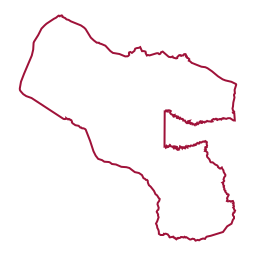 Kaev Seima, Môndól Kiri, Cambodia
{"feature_id": "14789045B63599255468551", "entity_name": "Kaev Seima", "entity_type": "district", "adm_level": 2, "iso_a3": "KHM", "parent_name": "Cambodia", "parent_adm1": "Môndól Kiri", "projection": "orthographic", "projection_center": [106.845, 12.41], "detail": "fine", "context": "isolated", "style": "outline", "palette": "rose", "viewbox_px": 256, "rotation_deg": 0, "n_neighbors": 0, "source": "geoboundaries", "source_scale": "gbopen_adm2", "svg_char_len": 5932}
<svg xmlns="http://www.w3.org/2000/svg" viewBox="0 0 256 256"><path d="M38.2,35.1L34.1,41.6L33.6,42.9L33.2,49.6L31.8,55.5L24.0,73.9L21.0,81.7L19.8,88.4L19.9,90.0L20.7,91.3L23.2,94.1L26.2,96.1L31.5,98.0L63.5,118.9L64.9,119.1L66.2,118.8L66.2,118.2L66.9,118.8L67.9,118.9L68.2,119.4L69.1,119.0L70.3,119.7L70.4,120.0L70.8,119.9L71.4,120.3L72.0,121.7L71.9,122.3L72.5,123.2L75.4,125.2L78.6,125.8L80.4,127.6L81.2,127.5L82.1,128.3L83.5,128.3L85.0,129.0L85.7,129.6L90.1,140.9L93.5,151.3L95.7,155.7L98.2,158.9L102.0,160.1L104.3,161.7L108.6,162.0L109.7,162.3L112.0,164.0L116.0,164.5L121.3,166.8L126.5,167.2L129.4,168.0L134.8,172.1L138.9,173.0L140.1,173.8L142.0,175.1L143.5,178.2L144.9,178.8L145.9,179.9L147.0,179.9L147.7,180.7L147.9,182.7L148.9,185.2L150.7,186.7L154.0,190.9L155.5,194.2L157.1,195.4L158.7,198.0L159.7,199.0L159.2,200.9L157.8,202.8L157.5,204.3L158.7,207.8L158.3,209.7L157.3,210.5L156.7,211.8L158.1,214.4L158.0,215.5L158.6,217.3L157.2,221.3L156.0,223.6L157.0,225.7L157.3,227.8L158.3,229.7L158.8,231.4L158.9,233.9L160.6,235.0L162.7,235.0L163.5,234.9L163.9,233.8L164.7,234.0L165.5,233.7L166.5,233.9L167.9,234.5L168.5,235.5L169.2,236.1L169.4,237.1L169.8,237.4L172.6,236.8L173.0,237.1L173.5,236.8L174.1,237.8L174.8,237.8L175.2,238.1L175.1,238.4L176.3,239.3L177.2,238.3L177.5,238.6L178.1,238.4L178.4,237.9L179.6,238.0L180.8,237.4L181.0,237.0L182.5,237.1L183.3,237.5L184.3,236.9L184.5,237.3L185.5,237.5L185.8,237.1L186.4,237.2L189.7,239.4L190.7,239.5L192.6,238.7L194.3,239.1L195.5,240.6L197.8,239.9L199.1,240.3L200.7,239.3L203.1,238.5L205.0,238.9L205.7,237.6L206.9,236.6L210.7,235.8L223.0,232.0L227.2,226.3L231.5,223.7L232.9,219.8L234.0,218.4L234.0,216.7L233.1,215.6L232.8,214.4L233.5,212.6L234.1,212.7L234.5,212.2L235.1,210.5L234.2,209.8L233.9,208.4L233.2,207.6L233.9,206.8L234.0,206.1L233.3,205.4L233.7,204.0L233.0,203.4L233.6,202.7L232.9,201.0L231.9,201.1L231.0,201.7L229.9,201.0L227.9,201.4L226.9,201.0L227.5,199.4L227.0,198.2L228.7,195.0L228.4,194.4L226.9,194.1L226.5,193.1L225.2,191.6L225.4,190.8L224.2,189.6L224.4,188.5L223.6,187.0L223.6,186.4L224.0,186.4L224.1,185.9L223.1,184.6L223.2,183.4L222.4,182.7L223.0,182.4L224.2,180.9L223.5,179.5L224.2,177.3L225.3,175.9L225.4,174.9L223.7,172.0L223.4,170.3L222.2,168.6L221.8,167.5L220.2,168.6L219.6,168.4L218.1,167.2L218.2,166.8L217.3,165.5L215.2,164.5L212.6,162.3L210.9,162.3L210.4,161.9L209.4,159.3L207.2,156.9L206.9,155.2L207.5,154.5L207.4,152.5L206.2,151.3L205.0,151.0L205.6,150.1L205.2,149.8L205.8,149.4L205.2,148.3L205.3,147.2L205.9,147.0L206.5,147.4L206.8,147.2L206.7,146.5L207.1,145.7L206.6,143.9L206.9,142.2L205.6,141.2L205.3,141.6L204.8,141.3L204.1,141.8L203.6,141.5L202.5,141.7L201.5,142.5L199.9,142.1L199.4,142.6L199.6,143.0L199.3,143.5L198.2,143.6L197.3,143.0L196.8,143.7L195.8,144.2L195.8,145.0L195.5,145.1L194.1,144.6L193.8,144.9L193.9,145.5L192.7,145.8L190.9,145.5L190.1,146.4L188.1,145.9L187.6,146.5L187.5,147.6L186.5,147.2L186.0,146.2L185.4,146.8L185.0,148.3L183.7,147.9L183.7,147.3L183.1,147.2L183.0,147.9L182.2,147.9L182.1,148.2L181.5,147.3L181.0,147.2L181.0,146.9L180.1,146.4L179.8,148.0L178.4,148.5L178.9,149.6L178.3,149.8L177.5,149.8L176.5,148.9L177.4,148.4L176.8,147.8L176.9,146.9L175.7,146.6L175.7,147.4L175.0,147.8L174.6,146.7L174.3,146.7L173.9,147.2L173.8,146.3L173.6,146.3L173.3,146.4L173.4,146.6L172.8,146.6L172.9,147.2L172.5,146.8L170.9,146.3L170.2,145.3L169.8,145.7L169.6,145.3L168.2,147.0L167.8,147.0L168.0,146.3L167.5,146.2L167.2,146.6L166.9,146.3L166.9,147.3L166.7,147.4L166.2,146.9L165.7,147.5L165.1,146.3L164.5,146.5L164.7,111.5L165.2,111.6L165.7,111.1L166.1,111.2L165.7,110.8L165.8,110.5L166.5,110.4L167.7,111.0L168.2,110.9L168.3,110.3L169.7,110.4L170.8,111.1L170.1,112.3L170.3,113.3L171.3,114.3L172.6,114.8L173.1,115.8L173.8,115.1L174.6,114.9L174.3,116.5L176.1,116.1L176.9,116.3L176.9,117.9L177.7,118.1L178.5,117.1L179.5,118.7L180.3,117.9L181.2,119.0L182.6,118.9L183.1,119.5L183.2,120.5L184.9,120.5L185.7,122.1L186.8,123.1L187.6,123.1L187.5,121.9L187.9,121.3L189.5,120.9L188.8,121.9L189.4,123.1L190.7,123.9L191.0,123.7L190.7,122.7L192.0,123.5L192.5,123.4L192.8,123.7L192.7,124.4L194.2,124.4L194.9,125.1L195.5,124.1L196.5,124.6L196.8,124.0L196.7,123.5L197.1,122.9L197.7,123.8L198.1,124.0L198.4,123.5L198.9,123.3L199.5,121.9L200.5,121.2L200.9,121.3L200.9,122.7L201.2,123.0L202.1,122.9L202.6,121.6L204.6,122.5L205.2,121.7L206.0,121.8L207.1,120.9L208.1,121.4L208.8,121.3L211.3,121.7L212.5,121.4L211.8,120.3L212.5,119.6L213.6,119.0L214.6,119.4L215.9,118.7L216.7,118.9L216.8,119.7L217.4,120.0L218.2,119.4L219.5,119.3L219.8,119.0L220.4,119.0L221.3,119.6L221.8,119.2L221.9,118.7L223.2,118.1L223.7,118.2L223.9,118.6L224.6,118.4L226.2,118.9L228.0,118.2L230.1,118.2L233.4,120.4L234.8,120.5L234.3,113.4L233.1,112.9L232.9,112.5L234.1,112.1L234.2,111.8L232.9,110.2L232.5,108.5L233.0,106.4L233.3,102.6L234.5,97.5L234.0,95.1L234.1,94.4L234.9,93.4L234.6,89.9L236.2,84.8L235.9,84.0L231.4,81.8L225.4,80.4L222.6,79.3L218.0,76.3L212.0,71.3L207.5,68.2L205.3,67.2L201.4,66.7L191.8,62.9L189.8,61.1L188.8,60.7L189.3,59.2L188.3,58.2L187.3,58.0L186.9,57.5L186.9,56.6L186.0,56.5L186.2,55.7L185.6,55.1L185.8,54.4L185.5,54.1L184.2,54.1L183.1,55.5L182.1,55.4L181.2,55.9L180.6,55.7L180.4,55.1L179.3,55.1L177.3,57.0L177.2,58.1L176.1,58.4L173.2,57.6L172.6,56.5L170.9,57.2L168.7,56.8L162.7,51.6L161.0,52.3L160.5,53.5L159.7,54.1L159.1,54.1L158.0,53.2L156.5,53.3L149.6,55.4L147.8,55.0L146.9,55.5L145.7,53.4L145.8,52.6L145.5,51.6L143.8,51.1L142.0,51.1L140.2,47.1L138.9,47.8L136.7,48.1L135.2,48.7L134.4,50.9L131.9,52.9L130.3,52.0L129.2,52.4L128.9,53.1L129.2,54.9L128.3,55.9L127.5,56.3L125.2,56.4L119.4,54.0L112.9,52.9L110.3,51.0L105.4,45.7L101.2,43.9L100.1,43.7L99.0,42.8L98.7,43.0L98.0,42.7L96.8,42.7L93.8,40.4L90.8,37.6L85.6,29.1L84.1,27.6L80.9,25.4L70.8,21.3L68.6,19.9L66.6,19.4L65.6,18.6L65.4,18.2L62.5,16.9L62.6,16.3L61.8,15.4L60.7,15.8L59.8,15.8L59.6,16.2L58.5,15.7L55.9,17.8L53.9,18.8L46.5,23.7L44.5,25.5L41.5,28.6L38.2,35.1Z" fill="none" stroke="#9f1239" stroke-width="2"/></svg>